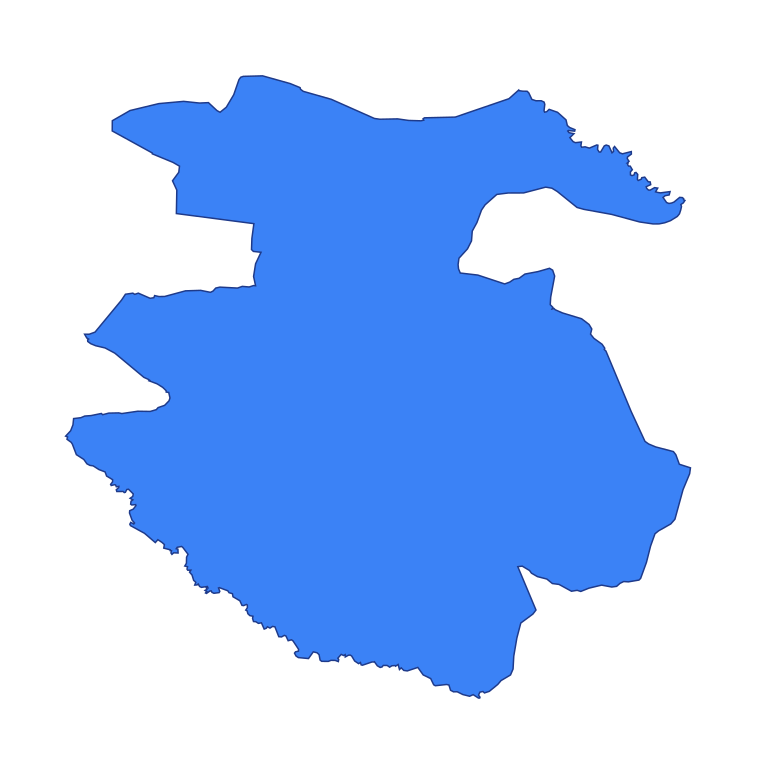 outline of Kibaha Urban, Pwani, United Republic of Tanzania, rotated 95°
{"feature_id": "72390352B56720706839933", "entity_name": "Kibaha Urban", "entity_type": "district", "adm_level": 2, "iso_a3": "TZA", "parent_name": "United Republic of Tanzania", "parent_adm1": "Pwani", "projection": "robinson", "projection_center": [38.935, -6.691], "detail": "fine", "context": "isolated", "style": "filled", "palette": "blue", "viewbox_px": 768, "rotation_deg": 95, "n_neighbors": 0, "source": "geoboundaries", "source_scale": "gbopen_adm2", "svg_char_len": 6137}
<svg xmlns="http://www.w3.org/2000/svg" viewBox="0 0 768 768"><g transform="rotate(95 384 384)"><path d="M683.0,257.0L681.0,252.3L673.4,244.5L669.3,241.6L662.8,232.6L656.7,230.6L643.8,231.0L625.5,229.5L610.2,226.9L600.2,215.6L595.9,212.9L554.3,234.8L553.4,230.4L557.1,222.8L559.6,220.6L562.5,214.4L564.1,204.8L568.1,198.9L568.4,192.2L574.1,179.2L572.7,173.6L573.5,169.9L569.5,162.0L565.4,149.7L566.4,139.4L565.3,134.6L562.0,131.5L559.9,128.0L559.8,123.3L557.1,112.9L555.3,111.4L538.8,107.0L522.2,104.3L509.6,101.0L506.3,97.6L498.4,86.1L493.4,82.4L463.2,76.9L446.8,71.7L440.8,71.4L438.2,82.8L429.0,87.1L426.1,89.8L423.0,107.9L420.7,115.1L418.4,119.0L389.8,135.4L331.8,165.8L330.4,167.6L329.1,167.2L325.4,170.2L320.2,178.9L316.3,182.6L311.1,181.8L306.8,184.9L301.8,192.8L297.6,212.6L295.1,219.9L294.0,221.2L294.6,223.1L293.0,222.4L290.5,225.3L282.9,225.5L261.6,223.4L255.9,225.9L254.3,229.2L258.6,240.4L262.2,253.2L266.9,258.6L268.4,263.8L271.5,267.6L273.8,272.5L267.3,300.0L266.8,317.7L262.8,319.8L258.6,320.6L252.2,320.3L242.1,312.6L233.8,309.3L224.0,309.4L215.1,305.5L202.2,302.0L196.7,298.9L185.3,288.1L182.9,277.0L181.5,261.6L173.8,240.1L174.3,233.8L177.1,228.2L191.3,207.1L192.6,200.1L195.2,172.0L200.3,143.5L201.1,129.8L200.5,123.8L198.9,118.3L196.3,112.8L191.5,106.4L188.7,104.5L184.9,103.6L181.3,103.1L179.3,103.9L177.5,101.6L174.9,100.2L174.3,101.7L173.3,101.6L172.3,103.0L172.3,105.7L177.5,111.0L178.7,113.4L179.3,115.9L178.6,118.3L173.8,122.3L171.9,120.3L170.8,116.4L167.4,115.8L169.5,125.3L169.3,128.0L168.9,130.2L165.0,128.4L164.8,131.6L167.7,135.8L167.7,137.5L166.2,139.4L164.6,140.0L162.1,135.7L159.5,136.4L159.5,138.4L155.2,142.3L156.0,145.2L157.6,145.6L159.1,148.5L158.1,149.4L153.1,149.5L151.3,151.4L151.8,152.7L153.9,153.1L154.8,155.1L154.2,156.7L151.2,157.0L148.9,155.3L145.5,157.7L145.6,159.3L144.6,160.2L143.0,160.7L142.2,159.5L142.4,160.7L140.8,159.3L138.3,161.3L136.6,161.2L133.4,157.6L130.9,157.9L133.9,166.5L133.1,169.4L127.3,175.0L129.1,176.2L132.3,175.6L133.8,177.0L127.2,180.7L126.6,183.5L127.6,185.3L134.0,188.4L134.2,189.8L131.8,191.7L127.5,191.7L127.3,192.8L131.1,200.0L130.2,204.3L130.9,207.7L129.5,208.6L125.7,208.4L126.9,214.4L126.1,216.7L122.4,220.3L118.1,216.6L117.5,221.6L116.0,223.0L115.4,222.4L115.5,216.1L114.0,215.9L112.3,221.4L110.5,223.9L105.0,225.7L98.2,234.8L96.0,243.4L98.5,245.6L99.2,247.7L97.8,248.4L91.4,248.2L89.2,249.1L88.1,252.1L88.6,257.3L87.6,261.5L81.4,265.1L79.9,266.9L80.2,271.4L80.0,275.1L79.4,275.4L88.9,284.4L111.9,336.3L115.3,366.9L116.4,368.2L117.7,367.4L118.6,370.2L119.3,382.5L118.7,393.5L120.6,411.2L120.3,416.7L105.0,461.3L99.5,489.9L97.7,492.8L96.1,493.4L92.9,503.6L87.6,531.8L89.8,551.0L90.9,553.5L93.4,555.0L108.9,558.9L122.0,565.2L127.6,571.0L126.2,574.2L119.0,583.4L120.2,592.3L119.9,608.2L124.3,632.8L133.7,660.8L145.4,677.6L155.6,676.8L174.0,635.1L174.9,634.9L181.6,613.6L184.8,606.7L191.0,606.9L200.0,612.4L208.9,607.3L232.3,605.7L235.6,527.6L250.4,528.3L261.6,527.7L263.3,525.7L263.5,518.0L275.4,522.4L288.2,523.3L297.3,520.5L297.3,522.5L299.1,526.8L299.1,533.7L301.2,538.3L301.8,556.0L303.1,560.0L306.3,562.4L307.8,564.9L306.7,574.8L308.5,589.9L315.9,610.1L316.5,615.8L315.9,620.2L318.1,620.8L319.0,624.5L314.9,636.7L316.4,640.1L315.4,642.1L317.1,649.4L323.3,652.8L357.5,676.4L360.1,682.0L360.5,686.6L364.1,684.1L365.0,682.2L365.9,683.1L367.5,682.8L369.4,679.7L371.0,674.6L372.4,665.0L376.7,654.9L398.3,623.8L399.9,619.2L400.8,617.7L401.3,618.3L403.6,610.1L406.6,604.2L409.7,600.4L411.0,600.3L411.2,597.7L416.6,596.0L419.5,596.7L424.4,600.7L427.2,607.0L429.4,608.6L431.7,614.5L432.6,627.0L436.3,642.6L435.9,645.7L437.0,655.7L439.1,661.6L438.0,663.0L441.0,673.1L442.0,679.3L444.0,683.1L445.5,690.2L451.8,690.3L457.9,692.1L463.7,696.6L464.3,694.6L466.7,695.0L469.4,690.5L471.1,689.2L481.2,684.3L485.3,676.5L489.4,673.0L490.7,669.9L490.9,666.6L494.1,660.5L495.9,654.2L499.9,652.3L503.0,646.0L505.2,645.9L507.8,647.6L508.9,646.9L507.8,643.7L508.0,642.6L509.7,641.7L509.1,639.2L510.5,639.3L512.7,641.5L514.4,640.8L513.8,634.5L514.8,633.3L514.4,632.2L511.5,631.0L511.1,629.3L515.4,624.2L517.9,624.5L520.0,627.0L521.3,624.1L522.8,625.8L525.8,625.9L526.5,624.7L525.8,620.9L526.8,620.5L530.5,622.9L532.4,626.3L534.7,626.3L541.6,623.1L544.2,620.4L545.3,621.1L543.9,624.2L545.8,625.0L547.2,624.2L553.6,609.6L561.9,598.0L558.8,595.7L561.2,591.3L563.1,588.8L566.7,589.1L567.8,582.5L568.6,582.5L568.6,581.2L570.9,581.5L572.2,580.4L570.5,578.8L570.3,574.4L566.5,574.9L566.2,576.6L564.7,575.8L563.5,571.5L564.3,570.2L570.7,564.4L573.7,565.6L579.8,565.2L582.7,566.6L583.1,563.8L585.6,564.1L586.6,563.3L586.3,560.2L588.4,561.3L591.0,558.6L596.2,556.5L597.9,554.2L600.8,555.0L600.4,552.6L599.4,551.7L601.8,550.0L602.5,548.2L601.1,542.3L602.4,541.6L602.5,543.3L604.0,542.5L605.2,544.3L606.1,542.5L607.7,543.6L608.1,542.6L605.4,539.4L605.2,538.1L606.6,537.2L607.3,535.2L606.2,530.1L604.9,529.5L601.6,531.1L601.2,530.3L603.6,521.6L605.4,520.2L606.1,516.7L609.1,515.9L612.5,508.7L616.9,506.2L617.0,504.5L615.6,501.9L616.1,500.9L618.7,500.6L621.3,502.0L621.9,500.6L624.7,499.6L626.4,497.5L626.8,494.3L629.0,494.5L632.0,493.3L632.0,490.9L633.4,488.3L632.6,485.3L638.6,482.0L637.6,480.0L636.0,479.0L637.1,476.3L635.2,473.9L635.4,471.5L644.9,466.8L644.9,464.0L643.1,461.4L643.6,459.7L648.1,457.1L646.9,453.9L647.8,452.3L655.7,446.0L657.6,446.0L658.5,448.8L659.9,449.7L662.6,448.0L664.0,445.5L664.1,435.3L657.0,431.1L657.6,427.2L659.3,425.1L664.6,423.6L665.7,421.9L665.2,415.3L663.9,412.7L663.6,408.6L664.5,405.3L662.4,405.1L661.2,406.1L657.1,403.1L658.0,400.5L657.0,399.1L659.3,398.8L657.3,395.8L657.0,394.0L657.8,392.5L662.5,389.1L664.8,384.9L663.5,383.2L665.8,382.3L666.0,380.9L662.0,371.8L661.8,369.3L661.0,369.8L665.3,366.1L666.7,363.1L666.0,361.2L664.4,360.2L664.1,356.3L665.6,353.7L664.0,351.6L663.5,348.4L664.1,347.9L662.2,345.5L667.1,343.7L665.3,342.1L667.6,339.3L667.8,335.8L663.4,325.6L670.4,319.6L673.4,311.8L679.3,308.3L680.1,306.6L677.9,295.5L678.2,293.1L683.3,291.0L684.6,287.9L684.2,284.3L686.5,278.4L687.6,271.5L685.7,268.1L688.6,262.6L688.5,261.3L687.6,261.1L685.7,262.7L682.6,261.6L681.7,258.6L683.0,257.0Z" fill="#3b82f6" stroke="#1e3a8a" stroke-width="1.5"/></g></svg>